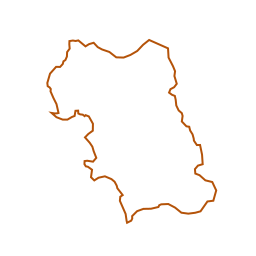 SVG path tracing the border of Plovdiv, rotated 166°
{"feature_id": "BGR-2235", "entity_name": "Plovdiv", "entity_type": "Province", "adm_level": 1, "iso_a3": "BGR", "parent_name": "Bulgaria", "parent_adm1": "", "projection": "orthographic", "projection_center": [24.881, 42.293], "detail": "fine", "context": "isolated", "style": "outline", "palette": "amber", "viewbox_px": 256, "rotation_deg": 166, "n_neighbors": 0, "source": "natural_earth", "source_scale": "10m", "svg_char_len": 1651}
<svg xmlns="http://www.w3.org/2000/svg" viewBox="0 0 256 256"><g transform="rotate(166 128 128)"><path d="M151.8,38.3L151.1,45.2L153.5,59.3L152.1,63.2L149.4,64.2L152.9,72.1L152.9,74.8L154.0,79.1L156.4,82.4L162.1,86.7L168.6,86.9L173.4,85.3L175.8,89.2L173.0,96.2L176.3,100.1L178.2,101.0L179.0,103.5L178.1,106.4L175.5,106.1L170.1,103.8L166.0,106.7L166.9,113.7L167.1,118.5L168.7,122.9L172.0,129.3L167.8,131.9L162.8,133.9L161.0,140.6L163.2,148.7L166.0,150.7L167.2,150.0L168.7,151.9L171.1,152.8L172.7,154.1L172.2,156.9L174.8,157.4L176.9,152.6L179.6,152.3L184.7,150.8L189.4,152.0L194.8,155.8L198.5,161.1L195.4,159.8L193.2,159.4L191.8,159.4L191.6,168.5L193.1,175.2L194.3,182.3L193.5,184.5L194.2,186.3L195.8,188.0L195.4,191.2L190.5,199.6L183.0,204.7L179.1,203.7L175.8,205.9L174.5,208.3L172.3,209.1L170.0,212.1L168.7,216.4L165.4,219.1L164.7,223.4L163.8,226.5L160.3,226.2L157.8,225.1L155.0,225.0L149.5,217.5L145.5,218.8L140.7,219.0L137.8,213.8L134.2,210.5L127.7,206.3L122.3,199.4L115.2,197.4L108.0,198.3L100.4,200.5L93.2,205.1L86.2,208.3L69.9,195.6L71.6,186.5L69.4,177.1L68.6,171.7L70.4,167.2L70.0,159.1L73.4,156.4L77.4,155.4L79.6,152.4L77.3,149.6L74.8,147.8L74.9,143.8L75.7,138.2L74.6,132.8L72.2,129.4L72.1,126.5L74.2,121.3L70.9,115.5L68.3,114.4L68.3,110.5L66.9,106.2L66.8,101.8L67.1,99.8L65.3,94.8L62.2,94.1L62.6,84.2L64.3,74.8L69.2,74.6L73.0,71.9L73.7,67.5L70.0,64.9L65.6,58.5L59.3,55.2L57.5,46.1L62.8,36.8L68.7,37.5L77.8,29.6L83.3,29.5L90.2,30.3L96.7,32.9L101.6,39.4L107.3,44.5L114.2,45.9L116.4,45.5L117.6,44.0L125.2,44.1L132.6,45.8L139.3,45.1L145.3,41.5L145.8,39.1L147.3,37.3L151.8,36.3L151.8,38.3Z" fill="none" stroke="#b45309" stroke-width="2"/></g></svg>